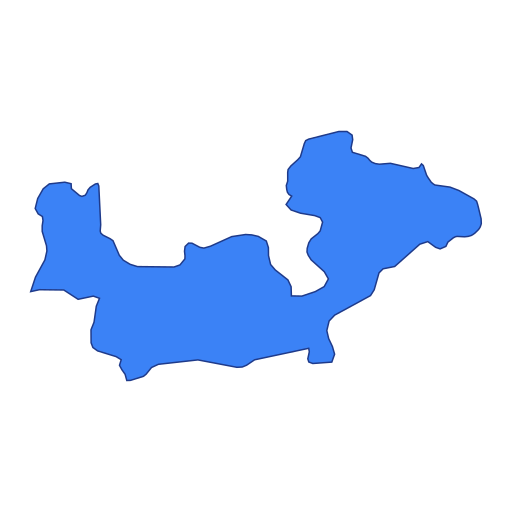 SVG path tracing the border of Sondrio
{"feature_id": "ITA-5444", "entity_name": "Sondrio", "entity_type": "Province", "adm_level": 1, "iso_a3": "ITA", "parent_name": "Italy", "parent_adm1": "", "projection": "natural_earth1", "projection_center": [9.94, 46.319], "detail": "fine", "context": "isolated", "style": "filled", "palette": "blue", "viewbox_px": 512, "rotation_deg": 0, "n_neighbors": 0, "source": "natural_earth", "source_scale": "10m", "svg_char_len": 2325}
<svg xmlns="http://www.w3.org/2000/svg" viewBox="0 0 512 512"><path d="M30.7,291.6L35.5,277.1L44.9,259.9L46.9,251.0L46.5,245.8L42.2,231.4L42.2,225.7L43.0,220.6L42.4,216.5L38.2,213.9L35.2,208.5L37.7,198.5L43.2,188.8L49.3,183.9L64.8,182.2L71.1,183.7L71.4,188.7L79.5,195.5L81.9,196.4L85.3,195.2L86.9,192.7L88.0,189.9L90.2,187.3L95.3,184.0L97.8,183.5L98.8,186.0L100.7,224.8L100.2,231.0L100.8,233.2L103.1,235.2L110.1,238.7L113.0,240.7L119.3,255.3L123.3,260.2L130.1,264.3L137.5,266.6L174.0,267.0L180.0,264.9L184.9,258.9L185.0,255.8L184.5,251.2L185.1,246.5L188.6,243.1L192.0,243.2L199.8,247.3L203.9,248.1L210.5,246.2L231.7,236.6L245.6,234.5L251.8,234.9L258.3,236.4L266.3,241.0L268.4,247.6L268.5,255.6L270.6,264.5L275.3,270.0L287.9,279.9L291.1,286.7L291.4,295.9L301.9,296.1L315.3,291.6L324.2,286.6L328.4,278.9L324.3,271.7L311.2,259.9L308.3,255.4L307.0,252.0L307.2,248.3L308.8,242.8L311.2,238.9L317.9,233.6L320.2,230.9L322.6,222.1L320.2,217.6L314.7,215.6L300.5,213.2L291.1,210.0L286.1,204.5L291.7,196.1L289.0,194.5L287.4,192.2L286.7,189.3L286.3,185.5L287.7,181.2L287.7,172.4L288.1,169.5L290.9,165.9L297.7,159.8L300.4,156.8L304.3,143.6L305.7,140.6L308.7,139.1L338.8,131.5L347.0,131.5L352.1,135.1L352.7,139.7L351.0,148.0L352.4,152.3L365.5,156.3L368.0,158.2L369.7,160.3L371.7,162.1L375.3,163.6L379.4,164.2L390.4,163.3L413.2,168.5L419.0,167.5L421.5,163.9L423.3,165.5L426.6,175.2L428.1,177.7L431.2,182.2L433.2,183.9L434.9,185.0L450.0,187.1L458.9,190.5L474.0,198.9L476.6,201.2L477.5,204.0L478.3,207.0L481.1,218.8L481.3,223.6L480.8,225.3L480.2,227.0L479.1,228.8L478.0,230.1L474.8,233.2L472.5,234.8L471.2,235.5L468.2,236.4L464.6,236.8L457.1,236.4L455.5,236.7L453.5,237.7L447.9,242.1L445.9,246.4L440.1,248.9L435.6,247.3L427.8,241.6L419.8,244.2L394.7,266.5L383.1,268.8L379.0,272.9L374.2,289.8L370.5,295.6L334.7,315.1L329.1,321.0L326.8,330.6L328.7,338.7L332.4,346.5L334.6,354.2L331.8,362.1L312.8,363.5L308.8,362.0L307.8,358.8L309.3,351.8L308.7,348.3L254.6,359.8L246.6,365.2L242.3,367.0L236.9,367.3L197.9,359.9L158.4,364.3L151.5,367.5L146.1,374.2L143.5,376.3L130.4,380.4L126.8,380.5L125.1,374.3L121.8,369.6L119.5,365.3L121.2,359.7L116.1,356.6L97.6,350.9L92.9,347.5L91.1,342.8L91.0,329.8L94.0,322.3L94.3,320.4L96.3,306.2L99.5,298.3L93.3,296.1L78.1,299.3L63.8,290.0L39.4,289.7L30.7,291.6Z" fill="#3b82f6" stroke="#1e3a8a" stroke-width="1.5"/></svg>